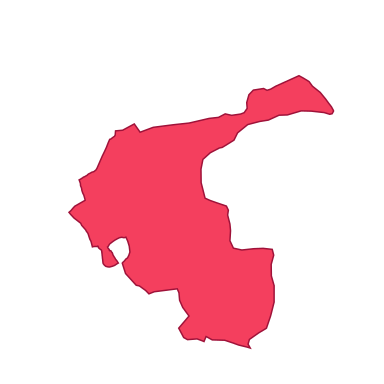 Ogo Oluwa, Oyo, Nigeria (orthographic projection), rotated 287°
{"feature_id": "59680162B3334363185534", "entity_name": "Ogo Oluwa", "entity_type": "district", "adm_level": 2, "iso_a3": "NGA", "parent_name": "Nigeria", "parent_adm1": "Oyo", "projection": "orthographic", "projection_center": [4.194, 7.972], "detail": "fine", "context": "isolated", "style": "filled", "palette": "rose", "viewbox_px": 384, "rotation_deg": 287, "n_neighbors": 0, "source": "geoboundaries", "source_scale": "gbopen_adm2", "svg_char_len": 3674}
<svg xmlns="http://www.w3.org/2000/svg" viewBox="0 0 384 384"><g transform="rotate(287 192 192)"><path d="M240.2,116.9L230.8,107.6L228.1,101.0L224.0,101.9L222.6,101.6L221.5,100.7L220.0,99.6L218.7,98.7L218.3,97.9L214.9,97.5L209.5,97.1L205.1,96.5L202.6,96.1L200.1,95.7L193.0,94.9L186.9,94.2L185.0,93.7L182.8,92.2L181.4,90.1L180.6,89.5L180.2,89.1L179.6,88.4L179.0,87.8L178.6,87.5L178.3,87.3L178.0,87.1L177.9,87.1L177.5,86.9L177.2,86.7L176.8,86.3L176.5,86.0L176.2,85.7L175.9,85.4L175.6,85.2L175.3,84.9L174.9,84.5L174.8,84.3L174.7,84.1L174.5,83.8L174.2,83.6L173.9,83.5L173.6,83.3L173.2,82.9L172.8,82.6L172.6,82.3L172.5,82.2L172.4,82.2L172.1,82.0L171.6,81.6L171.2,81.1L170.9,80.8L170.6,80.5L167.7,82.7L165.4,83.6L163.6,85.1L161.2,86.3L159.1,87.8L157.3,89.5L153.7,91.8L152.8,92.2L144.2,84.1L142.4,83.2L138.5,81.5L136.6,80.3L135.1,82.5L132.6,86.8L129.6,94.7L127.8,96.3L124.7,101.4L123.8,102.2L122.0,104.6L117.0,108.1L115.5,109.6L115.0,110.0L110.4,112.8L110.9,113.6L111.1,114.1L111.6,115.2L111.8,116.2L112.0,116.6L112.1,116.9L112.1,117.0L112.3,117.2L112.4,117.3L112.5,117.5L112.7,117.8L112.6,118.1L112.1,118.3L111.7,118.6L111.4,118.9L111.2,119.2L111.0,119.6L110.8,120.0L110.7,120.3L110.6,120.5L110.4,121.0L110.2,121.6L110.1,122.1L109.9,122.4L109.6,122.6L109.2,122.8L109.0,123.0L108.7,123.1L108.2,123.3L107.9,123.5L107.7,123.5L107.4,123.7L107.0,123.8L106.7,124.0L106.4,124.1L106.1,124.2L105.8,124.4L105.4,124.5L104.9,124.7L104.1,125.1L103.6,125.3L102.8,125.6L102.1,125.9L101.3,126.3L100.3,126.7L99.4,127.1L98.2,127.6L97.7,127.9L97.3,128.3L97.0,128.8L96.4,129.6L95.7,131.3L95.8,133.6L96.2,135.2L97.7,137.6L99.2,139.5L101.2,141.1L102.5,142.3L104.3,140.2L105.4,138.5L106.3,137.6L107.9,135.7L108.3,135.4L108.7,134.9L109.0,134.6L109.3,134.4L109.7,134.2L110.1,133.9L110.6,133.5L110.9,132.9L111.1,132.6L111.4,132.4L111.7,132.1L112.1,131.4L112.0,130.9L111.8,130.3L112.1,130.0L112.6,129.8L112.9,129.5L113.3,128.9L113.4,128.7L113.5,128.6L113.6,128.4L113.8,128.1L114.1,127.8L114.3,127.6L114.7,127.3L114.8,127.4L115.2,127.6L116.0,127.9L116.9,128.1L117.8,128.3L118.2,128.5L118.6,128.7L119.4,129.3L120.4,130.0L121.9,131.1L123.4,132.3L125.5,134.3L127.1,136.0L128.2,138.1L128.3,139.7L128.6,140.8L129.5,142.0L126.2,144.9L121.9,147.8L116.4,150.2L113.7,150.1L113.1,150.1L110.1,149.6L108.8,148.5L105.9,147.3L104.6,146.5L103.6,146.1L94.6,152.3L86.5,165.9L86.8,169.1L84.3,176.4L82.0,180.6L85.6,185.1L95.1,206.2L91.8,209.0L84.8,211.8L78.9,216.9L72.5,225.4L57.9,219.1L50.4,226.6L49.5,230.9L53.0,239.8L52.7,245.3L52.5,247.2L57.9,247.7L57.6,249.5L56.7,253.5L56.5,254.6L59.8,266.6L59.6,275.3L59.6,276.2L59.5,277.0L59.3,281.5L59.4,283.2L59.8,289.9L59.8,293.3L59.9,293.2L62.9,290.1L67.8,290.0L76.7,296.9L83.5,303.0L96.1,303.4L99.1,303.3L110.8,302.7L111.4,302.5L126.5,297.9L126.9,297.6L135.0,292.4L136.6,291.9L145.9,288.9L155.5,288.6L160.6,285.5L158.9,276.5L155.8,267.6L152.5,259.9L151.1,256.6L150.4,248.0L156.5,242.5L160.7,241.5L165.7,240.3L166.7,240.0L172.5,237.6L180.4,232.8L185.2,232.1L188.6,229.0L188.9,218.7L189.2,211.8L189.9,206.3L203.6,198.0L216.5,193.9L220.5,193.5L226.4,192.9L234.9,198.0L242.1,205.3L243.5,207.9L252.5,215.8L253.9,217.0L261.9,218.3L272.8,225.6L279.3,236.2L283.1,244.0L290.9,252.8L293.6,260.7L301.5,272.7L304.2,282.4L306.6,295.1L306.6,301.0L307.8,303.1L310.6,303.7L311.2,303.5L314.1,300.6L315.5,298.7L316.8,296.8L319.9,292.7L324.7,285.5L328.4,276.2L331.8,271.7L333.5,265.1L334.5,260.3L317.7,241.2L313.3,237.1L311.2,234.0L311.9,230.2L307.4,220.9L301.7,218.0L293.5,218.2L288.1,220.3L283.1,218.7L280.7,215.6L276.9,207.5L276.4,200.9L271.1,195.5L267.4,186.9L257.1,169.1L251.2,155.3L249.1,150.6L242.5,136.0L234.0,124.9L240.2,116.9Z" fill="#f43f5e" stroke="#9f1239" stroke-width="1.5"/></g></svg>